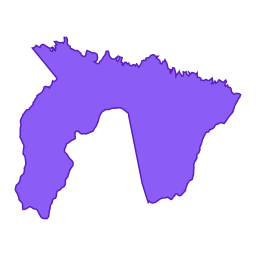 outline of Juvenília, Minas Gerais, Brazil
{"feature_id": "56859067B33554639840429", "entity_name": "Juvenília", "entity_type": "district", "adm_level": 2, "iso_a3": "BRA", "parent_name": "Brazil", "parent_adm1": "Minas Gerais", "projection": "equal_earth", "projection_center": [-44.1, -14.399], "detail": "fine", "context": "isolated", "style": "filled", "palette": "violet", "viewbox_px": 256, "rotation_deg": 0, "n_neighbors": 0, "source": "geoboundaries", "source_scale": "gbopen_adm2", "svg_char_len": 5150}
<svg xmlns="http://www.w3.org/2000/svg" viewBox="0 0 256 256"><path d="M134.1,64.6L132.7,64.9L131.6,65.9L129.2,64.9L128.8,63.1L127.2,63.8L126.3,62.4L125.0,62.3L123.7,63.7L123.4,65.4L122.1,64.9L122.5,62.7L120.9,61.9L121.7,59.7L122.1,57.6L120.5,57.3L119.1,56.5L119.1,59.4L117.8,61.5L116.5,60.4L117.4,56.8L114.7,58.9L112.6,59.2L110.6,57.8L109.3,55.6L108.4,51.2L106.2,51.3L105.2,54.8L103.6,56.8L101.5,60.3L99.8,61.6L98.9,63.3L97.3,63.8L94.2,61.7L96.4,61.1L97.1,59.8L97.6,57.1L96.9,54.3L95.4,53.2L91.6,52.6L88.9,51.3L87.0,50.5L86.3,52.3L85.7,55.8L83.6,56.6L81.7,55.2L80.5,53.1L77.5,50.5L75.0,50.6L72.0,48.9L70.5,48.6L70.2,46.6L67.7,44.7L67.1,42.7L67.5,40.4L67.2,38.7L66.3,37.4L64.2,37.4L64.5,41.2L63.3,43.3L62.1,42.4L60.9,42.8L58.5,42.5L56.7,41.5L54.5,41.6L55.7,43.3L56.7,44.9L55.0,45.6L55.8,47.9L55.2,50.6L54.1,49.9L53.9,48.1L52.4,47.1L51.1,47.9L52.8,49.5L52.2,51.4L50.5,50.6L49.5,48.1L46.2,46.3L44.5,45.0L42.7,44.3L40.7,45.6L40.1,47.3L38.2,46.6L36.1,45.3L34.6,47.5L32.3,48.0L56.4,77.5L56.9,79.3L55.2,80.9L54.0,81.7L52.6,80.8L52.1,83.3L51.4,85.1L50.2,86.5L49.5,87.9L48.6,86.8L46.9,86.9L45.3,86.4L44.1,87.1L43.7,88.9L42.8,90.9L41.8,92.4L40.1,93.6L38.2,94.7L37.0,95.6L37.0,97.5L35.4,98.8L34.4,101.1L33.3,102.3L32.9,104.7L31.2,106.6L29.9,107.8L29.1,109.4L27.0,109.8L25.9,110.7L24.9,112.1L23.9,113.6L22.9,114.7L22.4,116.5L21.5,117.9L20.6,120.0L20.4,122.1L21.0,124.1L20.7,126.4L20.3,128.1L20.3,130.2L20.2,132.1L20.4,133.8L20.1,135.5L20.0,137.3L21.0,139.0L22.1,141.4L23.3,144.0L24.1,146.1L23.7,148.1L23.4,150.1L23.3,152.1L23.0,153.8L24.0,155.1L25.1,156.8L25.4,159.4L25.6,160.9L25.8,162.6L25.7,164.6L25.2,166.4L24.2,168.2L24.5,170.3L24.0,172.2L23.6,173.8L22.0,175.2L20.6,176.5L20.1,179.2L19.7,181.4L18.6,183.0L17.6,184.1L16.4,185.1L15.8,186.9L15.4,188.4L15.4,190.0L16.1,191.7L16.9,192.8L17.7,194.3L18.5,196.4L18.9,198.6L19.3,200.1L20.4,201.1L21.7,202.3L22.5,203.9L22.6,206.7L23.0,209.5L24.9,209.3L26.2,208.7L27.9,207.8L29.5,206.7L31.0,206.9L32.1,207.7L33.6,208.8L35.6,209.0L37.2,209.9L38.2,211.7L39.1,213.6L40.0,215.2L40.7,216.7L42.3,218.1L44.0,218.6L45.3,218.5L47.1,218.5L48.6,216.6L49.0,213.8L49.2,211.3L49.7,209.9L50.1,208.3L50.2,205.6L51.3,204.0L52.1,202.8L52.5,200.4L53.9,198.5L55.4,198.2L56.4,196.2L56.5,193.8L56.9,191.7L58.1,190.7L59.6,190.1L60.8,189.0L61.9,187.7L64.0,186.6L65.1,184.9L65.4,183.3L65.3,180.8L66.0,178.8L67.6,177.1L68.3,174.7L69.0,172.5L69.7,170.5L70.7,168.6L72.0,166.8L73.0,165.1L73.1,162.5L71.7,160.4L69.7,158.7L68.6,156.9L67.4,155.0L66.2,153.6L64.6,151.9L64.4,149.7L65.1,148.1L65.8,146.2L66.5,144.0L67.6,143.3L68.9,142.5L70.1,141.5L71.3,140.6L72.8,139.8L74.1,139.3L75.2,138.5L75.2,136.6L74.9,134.8L75.1,132.3L76.8,131.1L78.2,131.2L79.3,132.4L80.6,133.5L81.9,133.9L83.3,133.7L84.7,133.7L86.1,134.0L87.2,133.5L88.9,132.9L90.8,132.0L92.8,131.3L93.9,129.4L95.0,127.7L96.1,126.2L97.0,124.0L98.0,121.8L98.6,119.5L99.2,117.3L99.8,115.6L100.5,114.3L101.6,112.4L102.9,111.2L104.3,110.6L105.3,109.6L106.5,109.5L108.2,109.6L109.9,109.1L111.9,108.4L113.5,108.1L116.2,108.1L118.1,107.9L119.9,107.7L121.6,108.4L122.7,108.8L123.9,109.7L125.3,110.6L126.4,111.8L127.8,112.6L128.7,114.4L128.8,116.4L129.2,118.0L142.1,183.0L148.2,202.5L149.2,201.2L150.5,202.3L152.2,203.0L154.1,202.7L155.9,202.1L157.1,201.0L158.3,200.4L159.3,199.5L160.7,198.7L162.5,198.0L163.9,197.9L165.2,197.8L166.5,197.6L167.7,197.3L169.2,198.2L170.8,199.5L172.1,199.0L173.0,197.2L174.6,195.8L175.5,194.1L176.8,193.9L177.9,195.0L179.4,195.8L180.9,195.4L182.0,194.2L183.5,192.6L184.7,191.5L185.5,190.2L185.8,188.3L186.6,186.1L187.5,183.7L188.7,181.9L189.6,180.6L191.0,180.1L192.4,179.0L192.8,176.8L193.5,174.3L193.6,172.1L193.7,169.8L193.9,167.6L193.8,165.4L194.0,163.5L194.6,161.9L195.8,160.2L196.9,158.0L196.8,156.0L197.1,154.1L198.6,153.0L199.8,150.3L199.8,147.9L200.4,145.9L201.3,144.0L201.9,141.7L202.5,139.6L203.1,138.2L203.7,136.8L204.7,135.0L205.6,133.0L207.0,132.1L208.6,131.9L209.7,129.7L211.2,129.4L212.5,128.6L213.9,127.7L214.9,125.6L216.5,124.3L218.0,124.0L219.5,123.1L221.1,122.6L222.6,123.1L223.9,123.5L225.4,122.0L228.1,117.8L229.9,115.4L232.7,112.2L233.4,110.5L234.4,106.3L237.5,100.7L238.4,98.7L239.7,97.3L240.6,94.6L239.1,93.7L237.8,93.4L235.8,93.4L234.1,94.3L231.4,91.7L231.2,89.2L230.1,87.4L228.3,87.4L227.6,85.0L225.5,86.3L224.8,84.6L226.4,81.7L225.7,80.1L223.6,82.3L222.4,82.1L220.7,80.9L219.1,79.8L217.6,81.9L215.8,83.2L215.0,81.2L213.2,83.6L211.5,83.5L212.8,81.1L212.1,78.0L210.8,79.3L209.1,80.5L207.8,80.5L205.9,79.4L203.8,80.7L202.3,80.2L201.1,80.1L200.7,78.2L199.0,77.4L197.4,77.2L197.1,72.8L196.1,74.2L193.9,73.0L191.9,72.5L190.6,74.0L189.0,72.4L189.5,74.6L188.8,76.0L186.8,74.5L186.5,71.8L184.5,72.4L183.2,71.8L183.4,75.5L182.1,76.4L181.3,74.9L180.0,73.6L179.3,71.3L177.9,73.4L176.8,74.7L175.9,76.2L175.8,73.5L174.3,68.1L172.7,67.9L172.1,70.6L170.7,73.2L170.1,71.7L170.8,69.6L169.5,69.3L168.2,68.9L166.9,63.5L165.0,59.8L164.4,61.4L163.0,61.4L161.7,63.8L160.3,63.5L160.1,61.7L159.6,60.3L158.3,59.3L156.3,58.2L158.0,56.3L155.7,56.4L153.7,54.7L152.4,54.9L150.6,55.6L149.2,57.6L147.3,57.7L146.0,58.3L145.7,60.6L143.8,60.2L141.9,61.0L141.5,62.9L140.6,64.5L138.8,67.2L136.6,63.9L135.3,65.9L134.1,64.6Z" fill="#8b5cf6" stroke="#5b21b6" stroke-width="1.5"/></svg>